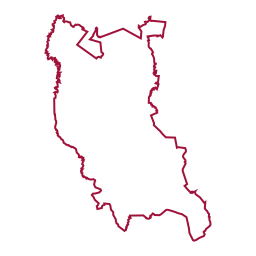 the district of Teapa, Tabasco, Mexico
{"feature_id": "50627088B17236801966727", "entity_name": "Teapa", "entity_type": "district", "adm_level": 2, "iso_a3": "MEX", "parent_name": "Mexico", "parent_adm1": "Tabasco", "projection": "orthographic", "projection_center": [-92.975, 17.62], "detail": "fine", "context": "isolated", "style": "outline", "palette": "rose", "viewbox_px": 256, "rotation_deg": 0, "n_neighbors": 0, "source": "geoboundaries", "source_scale": "gbopen_adm2", "svg_char_len": 5595}
<svg xmlns="http://www.w3.org/2000/svg" viewBox="0 0 256 256"><path d="M57.3,75.0L56.8,78.3L58.3,78.8L59.6,80.4L59.5,80.9L58.0,80.6L57.6,81.1L59.1,81.4L59.6,82.3L58.2,81.8L56.8,82.3L57.4,83.5L57.8,86.8L57.0,87.2L55.8,87.1L54.9,87.8L55.3,88.7L57.0,89.3L57.5,90.1L57.8,91.4L57.5,92.3L57.3,92.5L55.7,91.8L54.4,92.5L55.0,92.9L55.1,94.2L55.7,95.2L55.5,97.8L54.2,98.5L54.4,112.7L54.8,113.9L54.6,114.5L55.0,114.7L55.4,119.7L56.1,121.0L56.2,123.1L55.2,126.3L55.2,128.1L55.8,128.8L55.9,129.8L56.9,130.1L57.4,131.2L57.5,131.9L56.7,132.5L57.0,133.2L57.9,133.7L57.7,135.3L58.4,135.7L58.4,136.3L60.0,137.1L61.4,139.3L62.5,139.7L63.5,141.5L63.5,142.5L64.1,143.1L65.4,143.8L66.0,144.6L68.1,145.0L68.3,145.5L69.2,145.5L70.0,146.3L71.3,146.6L71.5,147.1L72.8,146.9L73.9,147.8L74.5,147.8L75.9,149.0L76.8,152.6L78.4,154.1L79.1,155.5L78.9,157.2L79.6,157.4L79.7,156.7L81.5,156.5L82.2,157.1L82.3,158.0L83.4,157.9L83.4,158.3L82.4,158.4L83.5,159.4L82.4,160.1L83.6,160.7L83.4,161.3L82.9,161.7L82.2,164.0L82.7,164.2L83.4,165.7L82.3,167.7L81.5,168.3L81.9,168.6L81.7,169.2L82.5,169.3L81.4,170.4L81.8,170.7L81.6,171.5L81.1,171.6L81.4,172.9L82.4,173.1L82.3,175.2L82.8,176.4L83.2,176.7L83.3,176.2L84.0,176.3L84.9,177.2L85.9,177.4L86.0,178.2L86.5,178.6L87.3,178.0L88.2,178.9L91.0,179.6L93.3,179.2L94.9,180.0L95.2,180.9L94.7,181.6L94.1,184.5L94.9,186.5L95.6,187.4L100.5,189.3L101.0,190.7L99.3,192.4L95.2,193.5L93.1,193.6L91.8,195.0L93.4,196.8L94.9,199.9L98.7,203.3L97.6,205.6L96.8,206.1L97.4,209.0L101.8,208.0L102.0,206.4L102.8,205.4L104.5,204.8L104.3,203.5L109.4,204.0L109.8,204.4L110.4,205.9L111.0,209.7L113.2,212.1L113.3,215.0L115.8,219.4L115.9,221.5L116.5,222.7L116.5,223.4L118.0,224.3L118.3,225.2L118.2,225.9L118.8,226.5L124.4,230.8L124.7,230.3L125.6,230.3L126.0,229.9L126.0,228.4L126.7,227.8L126.2,227.0L126.9,226.3L127.0,225.2L127.9,224.9L128.2,224.3L127.7,222.8L128.5,221.9L128.7,221.3L128.1,220.0L129.6,218.7L129.1,217.5L130.4,217.6L129.7,216.4L129.9,215.6L143.3,215.4L146.4,217.9L146.3,218.3L148.7,218.8L149.6,218.3L149.9,217.7L150.5,217.8L150.8,217.0L150.2,216.2L150.3,215.7L151.4,215.3L152.7,213.5L153.5,213.8L154.6,215.0L159.3,215.2L160.9,214.4L166.2,209.9L167.9,209.8L173.7,211.5L178.8,213.4L182.0,214.2L186.5,217.2L188.9,228.2L189.5,233.1L193.0,240.2L194.0,240.6L195.7,240.2L199.4,237.9L203.8,236.0L204.7,234.3L203.6,232.0L204.6,231.0L205.3,230.8L205.9,229.2L209.9,225.8L210.5,224.7L210.3,222.1L209.3,219.7L209.6,217.0L208.8,216.9L209.1,213.9L208.3,213.3L207.0,210.9L206.3,210.4L204.8,208.4L205.3,202.1L204.2,202.8L200.0,197.4L195.7,194.3L194.8,192.0L195.2,191.4L192.5,192.8L192.2,192.0L192.5,191.7L192.0,191.6L191.4,192.0L191.2,192.9L190.5,192.9L189.8,191.5L188.8,190.8L184.6,185.9L187.1,184.1L182.8,171.3L182.7,169.3L185.6,163.6L184.8,161.9L185.5,161.5L185.3,160.0L183.2,157.3L183.0,156.3L183.7,154.3L185.6,152.1L186.0,150.5L185.2,148.1L178.1,147.2L176.9,147.7L175.0,137.6L165.8,137.3L162.3,133.8L160.5,131.5L153.8,125.1L154.1,123.4L151.0,115.4L157.2,112.7L156.4,110.9L157.2,110.6L155.5,107.3L154.8,107.6L153.6,106.1L152.5,106.5L152.1,104.6L151.3,104.8L150.8,102.9L148.8,102.9L148.9,97.2L149.9,95.6L150.2,95.8L150.6,95.2L150.2,94.9L151.0,93.6L150.4,93.1L151.4,92.2L150.6,91.2L151.5,90.2L151.8,90.6L152.8,89.7L152.2,89.1L153.2,88.2L154.1,89.3L154.5,88.7L154.2,88.3L155.3,87.5L156.9,89.2L158.5,84.2L155.7,83.4L156.3,82.6L157.9,83.0L158.8,76.0L156.3,76.1L155.3,75.0L154.4,74.8L153.6,73.5L153.7,72.4L154.8,71.7L155.2,71.9L154.9,73.2L155.9,73.1L156.3,70.7L154.6,70.8L154.0,69.4L155.2,67.2L154.9,66.9L154.2,67.1L153.9,66.8L154.3,65.3L155.8,64.1L155.8,63.6L154.6,63.6L154.3,62.6L154.1,58.6L153.2,56.0L152.0,54.0L152.2,53.2L153.0,52.7L152.2,50.6L151.2,49.5L150.9,48.6L149.8,48.2L148.9,47.0L148.6,45.7L148.8,42.4L148.0,40.8L149.1,40.2L148.4,39.0L148.5,37.9L147.7,37.2L147.6,36.4L154.2,35.5L157.5,35.5L157.5,36.3L160.5,35.2L162.4,37.5L162.9,36.8L163.6,30.1L165.1,25.8L165.4,22.1L152.6,20.8L151.4,21.0L150.7,20.6L150.2,19.5L150.5,16.7L149.4,16.9L148.6,18.2L149.5,20.1L147.6,21.9L145.8,21.6L145.0,21.8L145.9,23.5L145.5,24.3L143.2,25.0L140.3,26.9L138.8,25.8L138.7,27.6L141.4,31.4L140.8,38.4L123.1,28.7L101.2,36.9L99.7,36.8L99.8,37.2L98.5,37.0L97.0,34.8L97.2,28.4L96.4,27.7L95.9,28.3L95.6,30.7L93.2,34.8L93.3,35.7L89.9,39.4L100.4,42.4L101.4,52.2L103.0,53.3L103.2,54.3L102.4,55.6L101.3,56.2L100.9,57.6L98.6,56.8L97.4,57.3L96.4,58.5L77.2,44.8L87.3,31.7L82.3,29.3L82.5,28.5L83.6,28.2L83.2,27.5L81.5,26.7L79.5,25.1L78.1,24.6L76.2,24.9L75.7,24.6L73.8,26.2L73.7,26.8L73.1,26.9L70.9,25.1L70.2,22.4L68.3,22.2L67.9,21.8L66.2,21.4L64.9,21.5L64.2,22.2L63.2,21.1L64.1,19.4L64.1,18.3L63.8,17.6L62.7,16.8L62.8,15.4L60.1,16.3L60.0,17.1L60.7,18.2L59.2,18.3L58.5,18.0L58.3,15.8L58.0,15.5L56.2,16.7L56.5,17.9L55.9,20.1L54.3,21.1L55.0,22.7L52.6,24.2L52.7,25.5L53.1,25.8L53.8,25.5L54.1,26.0L53.8,28.2L53.0,29.2L51.9,29.7L52.6,30.3L53.4,30.4L53.2,31.7L52.7,32.2L51.3,32.4L51.0,34.1L49.6,33.8L50.0,35.7L49.0,35.1L47.9,36.2L49.3,36.7L48.3,37.3L48.5,38.2L48.0,39.2L48.8,40.3L47.6,41.2L47.3,41.9L48.1,43.9L47.1,45.2L48.0,46.0L47.3,46.7L47.6,47.6L46.7,48.4L45.8,50.3L47.2,51.6L45.9,52.2L45.5,52.8L46.3,53.3L48.5,53.8L47.4,55.1L48.4,55.8L47.6,58.0L48.2,59.3L49.5,58.8L51.1,57.3L51.8,57.5L51.6,58.6L52.4,59.6L52.7,58.6L55.0,57.9L55.3,58.9L56.6,60.2L55.7,61.3L55.4,59.9L54.7,59.6L54.7,61.9L55.7,62.7L57.0,62.3L55.9,64.7L57.6,64.8L57.9,64.4L57.7,63.3L58.7,62.8L59.3,63.0L58.5,64.4L58.8,64.6L59.7,64.2L60.1,65.4L60.1,66.5L59.8,67.1L57.9,67.1L59.6,68.9L59.4,69.6L58.1,69.3L58.5,70.7L57.5,72.7L57.9,73.5L59.5,72.6L60.1,72.6L59.2,73.5L59.8,74.9L59.6,76.6L59.3,76.9L58.9,76.5L59.0,74.2L58.7,73.9L57.3,75.0Z" fill="none" stroke="#9f1239" stroke-width="2"/></svg>